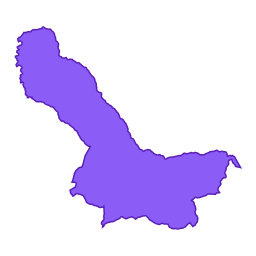 Divinópolis do Tocantins, Tocantins, Brazil (Robinson projection)
{"feature_id": "56859067B58082992267774", "entity_name": "Divinópolis do Tocantins", "entity_type": "district", "adm_level": 2, "iso_a3": "BRA", "parent_name": "Brazil", "parent_adm1": "Tocantins", "projection": "robinson", "projection_center": [-49.348, -9.64], "detail": "fine", "context": "isolated", "style": "filled", "palette": "violet", "viewbox_px": 256, "rotation_deg": 0, "n_neighbors": 0, "source": "geoboundaries", "source_scale": "gbopen_adm2", "svg_char_len": 5726}
<svg xmlns="http://www.w3.org/2000/svg" viewBox="0 0 256 256"><path d="M17.8,38.8L17.9,39.9L18.5,41.8L19.8,41.0L20.6,41.0L21.9,42.2L22.1,43.5L21.6,44.9L19.3,45.6L18.5,46.3L17.3,46.8L17.3,47.7L19.0,49.7L16.9,50.9L16.9,52.5L18.7,53.6L18.5,55.3L15.4,56.2L15.5,57.1L16.0,57.9L16.9,58.8L17.0,60.1L18.0,60.8L18.0,61.8L16.1,64.6L16.4,65.8L16.9,66.6L19.1,65.0L21.0,66.1L21.8,66.9L22.0,68.4L21.0,68.9L20.6,70.7L21.1,71.7L22.1,72.3L22.4,73.9L21.7,74.7L20.9,74.7L20.3,75.4L20.7,77.3L19.9,78.2L20.2,79.1L20.9,79.9L20.4,82.0L21.0,83.0L22.5,82.0L23.3,82.7L23.5,83.6L23.0,84.7L24.3,87.8L25.1,88.1L25.3,89.0L25.0,89.8L25.7,91.4L25.4,94.0L25.9,95.0L27.0,95.4L27.4,97.6L28.5,97.8L29.2,96.7L30.0,96.6L31.0,97.5L32.1,97.4L32.0,98.6L32.9,98.9L33.7,99.4L36.2,101.6L38.6,101.8L40.7,101.6L41.6,102.0L42.8,101.9L46.0,104.4L49.6,105.6L50.5,106.5L51.6,106.9L52.6,106.8L53.6,107.4L54.0,108.2L54.6,108.8L55.6,110.3L57.2,111.5L57.9,112.4L58.0,114.0L58.9,117.0L59.1,118.3L60.2,119.8L61.6,121.3L62.6,121.0L63.9,121.4L64.5,122.5L65.7,123.0L67.5,123.1L68.2,123.9L69.0,124.1L69.7,125.1L73.5,127.9L74.5,129.5L75.2,130.3L76.4,130.7L77.0,131.5L78.9,135.3L79.5,135.9L80.3,138.0L81.3,139.3L82.2,140.3L83.9,141.2L84.6,142.9L85.4,144.0L88.5,146.3L89.6,146.0L90.4,146.5L85.2,155.7L82.9,164.6L81.8,167.2L80.8,167.2L79.5,167.5L78.3,168.3L77.5,169.2L75.9,170.7L74.4,173.5L74.4,174.6L74.0,175.5L72.8,180.2L72.0,182.2L74.9,182.3L75.6,182.6L76.2,183.4L76.1,184.6L75.4,186.9L70.0,190.2L70.4,191.3L70.6,193.3L72.1,194.8L72.8,196.1L73.9,195.7L75.3,194.4L76.6,193.6L80.2,194.3L81.4,194.9L82.6,195.2L83.5,196.1L85.6,199.8L86.6,202.4L88.6,203.6L90.5,204.4L91.9,204.2L94.1,205.5L95.5,205.6L98.1,206.5L99.0,207.3L100.0,207.5L103.2,207.1L103.8,206.4L104.3,214.0L103.9,215.3L103.7,216.4L104.1,218.0L103.8,219.5L103.3,220.4L102.0,221.5L101.6,222.3L101.5,223.7L102.8,225.5L102.6,227.1L103.5,226.4L104.1,225.5L104.1,224.5L105.3,223.9L106.2,223.2L108.9,222.2L109.7,222.3L110.6,221.8L113.7,221.5L116.3,219.8L117.9,219.3L119.6,218.4L121.1,216.7L122.2,216.8L125.5,218.7L126.3,218.7L129.2,217.5L131.7,216.9L132.6,217.0L134.2,217.9L135.6,219.2L138.1,217.2L140.1,217.1L140.9,216.6L143.0,216.0L145.5,215.7L146.3,216.0L146.9,216.6L147.6,217.4L148.5,218.1L149.0,219.1L149.6,219.8L151.9,221.1L154.5,222.9L155.3,223.2L156.0,223.6L159.0,224.5L160.1,224.2L162.0,223.2L164.4,224.1L165.5,223.9L167.9,224.2L169.4,227.2L171.4,228.0L172.1,228.6L174.0,228.8L174.9,228.5L178.1,229.0L180.6,228.3L182.9,228.1L185.5,226.7L187.3,224.6L188.2,223.9L190.0,222.8L192.8,226.5L193.6,225.9L194.9,225.4L195.5,224.4L195.8,223.6L197.3,221.8L197.7,219.5L197.7,218.3L197.6,217.4L196.7,215.4L195.8,214.7L195.3,213.7L195.1,211.7L195.8,209.1L195.1,205.9L194.3,204.9L194.1,203.1L193.7,202.0L192.9,201.4L192.0,201.1L191.4,200.4L193.3,199.2L194.6,197.8L195.6,197.3L197.5,197.9L199.2,197.6L203.1,196.4L204.1,195.8L204.9,195.9L206.7,195.0L207.2,194.4L208.0,194.1L210.0,194.0L211.2,194.1L212.3,194.0L214.7,194.4L215.5,194.3L216.7,192.8L218.6,192.9L219.6,192.6L218.3,190.6L217.9,189.2L218.2,188.1L218.8,186.8L220.8,184.6L220.8,183.2L220.2,181.9L220.7,180.9L221.5,180.1L221.9,179.0L222.8,178.6L223.6,177.7L225.4,177.8L226.0,177.0L226.1,176.0L225.9,175.2L224.8,173.1L224.9,171.9L225.9,170.3L226.4,166.9L228.6,164.5L228.6,163.1L228.4,162.0L228.6,161.0L229.2,160.2L230.2,159.9L231.1,159.3L232.1,159.9L232.2,161.1L232.9,162.9L233.8,163.5L235.2,165.1L235.5,166.4L240.6,167.6L234.4,156.6L233.3,156.2L232.2,155.4L231.6,156.1L230.0,155.4L229.1,155.6L228.1,156.2L227.2,155.9L227.2,154.8L226.9,153.6L226.4,152.6L225.7,151.9L221.9,151.3L220.7,151.4L219.7,151.8L218.5,151.5L217.6,150.6L216.9,150.2L213.1,151.5L211.9,151.4L211.0,151.7L209.9,151.7L209.1,152.5L205.8,153.7L203.6,155.0L201.3,154.7L200.3,154.9L197.4,153.0L194.9,152.4L193.3,153.0L192.3,152.9L191.3,152.5L188.3,153.5L186.5,153.7L185.6,153.7L185.0,153.2L183.9,153.3L182.0,154.8L181.5,155.6L180.7,155.7L179.9,155.4L173.5,156.9L169.7,157.3L167.7,157.9L165.9,159.1L165.2,159.0L164.4,158.4L164.1,157.1L163.4,156.2L162.5,155.7L161.1,155.7L160.0,154.7L159.2,154.6L158.2,155.0L157.0,155.0L154.9,154.1L153.4,153.1L151.9,151.7L150.5,150.6L149.9,149.9L147.7,149.6L146.6,150.0L145.7,150.1L144.9,150.5L144.1,151.2L143.2,151.4L142.7,150.6L141.9,150.0L141.0,149.5L140.2,149.4L139.4,149.0L138.7,147.2L137.7,145.6L137.1,144.8L136.2,144.3L135.6,143.5L134.0,140.1L133.3,139.1L131.0,137.9L130.7,136.7L130.5,135.4L130.1,134.4L129.9,133.4L127.7,131.1L128.1,129.0L127.6,128.3L127.5,127.2L126.2,124.4L125.8,123.2L124.8,122.7L124.2,121.2L123.4,120.6L123.1,119.6L122.5,119.1L121.4,119.1L120.6,118.6L119.8,117.6L119.0,115.0L118.4,113.6L117.8,112.7L117.1,112.2L116.5,111.2L115.3,110.0L114.9,109.0L114.0,108.4L113.1,108.2L112.5,107.7L111.8,106.5L110.9,105.8L109.4,105.1L107.7,103.6L106.8,103.5L106.0,102.6L105.0,100.4L103.3,99.6L102.9,98.6L101.9,97.8L101.5,97.1L101.4,95.7L101.7,94.4L101.5,93.2L100.7,92.5L99.7,92.5L98.6,92.2L97.0,90.6L96.6,89.4L96.7,87.3L96.3,86.5L96.3,84.6L96.2,83.6L95.8,82.6L95.2,81.7L94.7,79.2L93.7,77.5L92.9,76.5L91.4,75.4L90.1,73.4L89.2,72.4L88.8,71.1L87.2,69.6L86.2,67.7L85.2,67.2L84.2,67.3L83.3,66.8L82.8,66.0L82.0,65.6L80.8,64.3L80.0,63.9L79.5,63.1L78.7,62.8L76.7,62.9L75.5,61.7L72.7,60.2L72.5,59.4L69.6,59.3L67.8,59.7L67.2,59.1L66.1,57.5L63.9,58.2L62.9,58.0L62.1,57.8L61.4,56.8L60.1,56.4L59.0,55.6L58.9,54.7L59.1,52.8L59.4,51.9L59.4,50.9L58.3,48.7L58.1,47.3L58.6,44.4L58.1,43.0L57.1,41.6L56.1,41.1L55.7,39.7L55.6,38.0L54.8,35.8L54.4,34.1L53.5,32.2L52.0,31.1L50.4,29.1L48.8,29.3L46.7,28.8L45.6,28.5L44.4,27.8L43.6,27.0L42.4,27.2L41.7,28.7L40.6,28.7L38.7,29.1L37.7,29.7L33.5,29.6L31.5,30.6L31.2,31.6L30.1,31.9L28.3,31.6L27.3,31.9L26.7,32.6L25.8,32.3L24.7,32.7L23.8,32.5L23.4,33.4L20.8,36.8L20.0,37.3L19.1,37.3L18.6,38.1L17.8,38.8Z" fill="#8b5cf6" stroke="#5b21b6" stroke-width="1.5"/></svg>